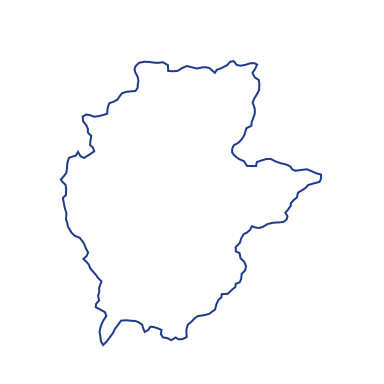 outline of Pains, Minas Gerais, Brazil, rotated 254°
{"feature_id": "56859067B98471010335506", "entity_name": "Pains", "entity_type": "district", "adm_level": 2, "iso_a3": "BRA", "parent_name": "Brazil", "parent_adm1": "Minas Gerais", "projection": "natural_earth1", "projection_center": [-45.694, -20.398], "detail": "fine", "context": "isolated", "style": "outline", "palette": "blue", "viewbox_px": 384, "rotation_deg": 254, "n_neighbors": 0, "source": "geoboundaries", "source_scale": "gbopen_adm2", "svg_char_len": 3092}
<svg xmlns="http://www.w3.org/2000/svg" viewBox="0 0 384 384"><g transform="rotate(254 192 192)"><path d="M229.3,71.8L223.8,70.0L221.9,66.3L217.8,65.8L213.3,65.4L209.6,65.4L206.2,65.4L203.2,64.4L200.1,63.2L197.0,63.6L193.1,63.2L189.5,64.1L186.0,65.0L182.2,67.2L179.1,71.3L174.7,73.2L171.4,74.1L167.2,74.4L162.5,75.5L159.3,72.8L157.6,69.1L153.5,71.5L150.7,72.8L146.5,73.2L142.8,74.9L139.0,76.7L135.3,78.0L131.1,80.3L128.5,78.5L125.4,76.3L121.2,75.2L118.2,73.1L113.3,72.8L110.8,68.9L107.7,67.7L104.4,71.3L100.5,75.2L96.4,75.5L93.7,72.2L90.6,69.2L87.0,66.7L83.1,64.6L78.4,64.1L73.4,63.3L69.4,64.4L71.9,68.9L74.5,72.3L78.5,77.5L81.5,80.0L84.4,83.9L87.9,88.3L86.8,93.6L84.8,98.5L83.7,101.8L81.6,104.7L78.1,107.5L74.5,107.5L70.5,108.0L71.4,111.7L74.0,114.9L72.8,117.9L70.4,121.5L67.8,124.7L64.0,122.9L60.3,124.0L58.3,128.0L55.3,131.2L56.7,136.2L54.1,138.4L53.2,142.4L54.0,146.9L57.1,147.6L60.8,148.5L65.4,151.2L67.7,156.1L70.1,160.2L71.1,163.8L70.3,169.0L70.1,174.8L72.7,181.8L77.6,184.7L81.0,187.7L82.7,191.2L85.6,192.5L84.3,198.4L87.1,203.6L88.8,207.5L91.7,208.8L92.0,212.9L95.0,215.4L99.6,217.1L101.8,221.2L105.6,223.5L110.4,223.0L115.0,220.4L120.2,220.9L122.7,217.8L127.0,218.8L129.8,223.9L134.2,226.8L137.3,230.2L137.8,233.5L139.6,237.4L142.6,240.2L140.7,242.6L138.9,246.5L138.9,250.3L140.3,255.6L140.2,260.5L139.6,264.0L138.7,267.4L138.1,271.8L139.5,275.4L142.3,277.1L146.3,276.0L148.8,279.7L151.4,282.9L154.2,284.2L156.0,287.1L157.9,291.4L162.2,293.7L163.5,298.8L164.7,302.4L166.7,305.6L166.7,310.9L166.5,317.4L169.6,319.9L173.2,320.8L176.1,316.1L179.1,312.7L182.2,308.6L182.9,304.3L183.9,297.3L186.2,294.5L189.0,293.8L191.2,291.7L193.1,289.1L194.9,285.6L198.1,281.1L202.1,276.8L203.2,272.6L203.2,268.2L202.9,262.6L199.3,260.7L200.3,257.2L201.8,252.2L207.3,250.4L210.7,246.3L213.6,244.1L216.3,242.4L219.1,241.5L222.4,242.5L225.4,245.0L226.4,249.8L228.9,254.3L231.9,257.7L235.1,259.8L238.3,261.8L239.3,267.3L242.5,268.5L245.8,270.9L249.9,273.9L253.9,275.1L257.3,275.3L261.2,274.9L264.3,277.3L267.4,280.6L271.3,284.5L277.2,286.5L281.2,287.1L284.9,283.9L289.7,282.9L293.3,287.0L296.6,289.7L298.7,287.3L299.7,283.3L299.5,278.5L300.1,273.1L301.9,270.0L306.3,268.1L306.7,264.6L304.3,261.0L303.6,257.4L302.8,253.3L302.6,249.4L300.3,246.9L303.3,244.8L306.2,243.0L308.1,239.8L309.0,236.0L309.3,230.9L312.3,225.6L314.5,221.9L313.9,216.8L312.4,211.4L313.3,207.0L314.9,202.5L320.6,203.8L324.8,199.7L325.5,194.9L326.8,191.2L328.8,186.7L330.4,182.0L330.8,176.7L328.5,172.4L325.7,170.5L322.5,170.5L317.6,171.5L313.4,171.1L310.3,169.5L307.2,168.5L304.7,165.5L305.6,160.9L306.4,156.3L306.2,152.0L304.2,149.1L301.4,145.9L300.4,141.5L300.2,137.1L297.2,134.8L293.9,133.2L290.6,132.0L290.5,127.5L290.6,123.7L291.3,118.8L294.1,114.9L295.6,111.9L294.7,107.7L290.0,106.8L285.2,108.8L281.3,109.3L277.8,108.3L273.6,110.6L268.5,108.1L265.1,107.0L262.1,109.0L258.0,109.2L256.5,104.6L255.4,100.8L254.5,97.5L257.0,94.8L262.0,93.4L259.0,90.5L259.0,86.8L258.8,83.3L256.4,81.5L253.4,79.8L248.9,78.3L245.0,76.4L242.5,73.1L240.1,69.3L237.2,70.4L233.8,72.4L229.3,71.8Z" fill="none" stroke="#1e3a8a" stroke-width="2"/></g></svg>